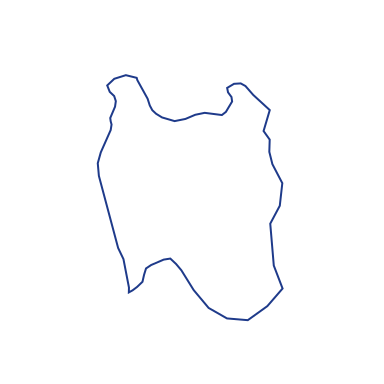 outline of Karuzi, rotated 120°
{"feature_id": "BDI-2633", "entity_name": "Karuzi", "entity_type": "Province", "adm_level": 1, "iso_a3": "BDI", "parent_name": "Burundi", "parent_adm1": "", "projection": "mercator", "projection_center": [30.088, -3.137], "detail": "fine", "context": "isolated", "style": "outline", "palette": "blue", "viewbox_px": 384, "rotation_deg": 120, "n_neighbors": 0, "source": "natural_earth", "source_scale": "10m", "svg_char_len": 931}
<svg xmlns="http://www.w3.org/2000/svg" viewBox="0 0 384 384"><g transform="rotate(120 192 192)"><path d="M82.2,165.6L103.4,160.5L107.8,150.9L118.6,145.1L127.7,136.3L139.2,118.2L160.0,109.1L180.3,108.4L214.8,84.4L230.3,65.3L253.2,69.7L275.1,79.6L284.0,98.5L284.1,119.6L276.1,141.5L265.1,162.1L262.3,169.8L260.5,177.5L264.7,182.7L275.7,190.9L281.2,193.6L287.7,192.1L294.5,190.0L301.7,192.1L306.9,194.3L310.5,196.5L306.3,198.8L284.4,217.8L277.4,228.0L224.6,280.7L214.2,288.0L203.3,290.8L179.0,293.4L173.8,295.4L171.4,297.8L168.8,299.8L156.6,301.3L151.4,303.4L147.8,307.4L146.4,313.3L142.1,318.7L132.8,315.9L123.9,307.7L120.8,297.0L122.5,295.2L133.4,277.1L138.2,271.8L141.0,267.3L142.2,262.2L142.4,255.2L139.3,242.5L132.0,234.2L123.5,227.8L117.1,220.6L110.4,204.6L105.7,202.7L93.6,202.5L90.0,205.3L87.7,210.6L84.3,213.6L77.3,209.7L73.6,204.1L73.5,198.7L77.3,187.6L82.2,165.6Z" fill="none" stroke="#1e3a8a" stroke-width="2"/></g></svg>